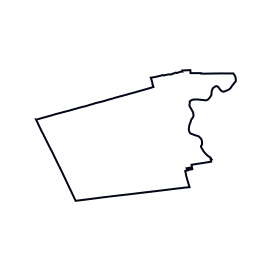 Nicolae Titulescu, Olt, Romania, rotated 19°
{"feature_id": "2599482B32809013995919", "entity_name": "Nicolae Titulescu", "entity_type": "district", "adm_level": 2, "iso_a3": "ROU", "parent_name": "Romania", "parent_adm1": "Olt", "projection": "equal_earth", "projection_center": [24.74, 44.265], "detail": "fine", "context": "isolated", "style": "outline", "palette": "ink", "viewbox_px": 256, "rotation_deg": 19, "n_neighbors": 0, "source": "geoboundaries", "source_scale": "gbopen_adm2", "svg_char_len": 5687}
<svg xmlns="http://www.w3.org/2000/svg" viewBox="0 0 256 256"><g transform="rotate(19 128 128)"><path d="M216.5,129.9L215.7,129.3L214.7,128.8L213.4,128.6L212.2,128.2L210.2,127.3L208.8,126.5L207.1,125.5L204.6,123.4L203.7,122.6L203.1,121.9L202.9,121.4L203.0,120.8L203.3,120.2L203.3,119.3L203.1,118.6L202.8,117.8L202.4,116.7L201.9,116.0L201.3,115.2L200.9,114.5L200.3,114.2L199.5,113.8L198.7,113.4L197.5,112.9L196.4,112.8L195.5,112.9L193.6,113.0L191.4,112.9L189.2,112.8L188.2,112.6L187.6,112.0L186.9,111.1L186.3,110.2L185.8,109.3L185.6,108.1L185.3,106.9L185.1,105.6L185.1,104.2L185.2,103.1L185.2,101.9L185.1,100.9L185.1,99.7L185.4,98.5L185.7,97.5L186.0,96.4L186.0,95.3L185.7,94.5L185.2,93.5L184.8,92.5L184.0,91.6L182.8,90.5L180.4,88.4L179.2,87.4L178.7,86.6L178.5,85.9L178.5,85.1L178.2,84.3L177.8,83.2L178.0,82.2L178.6,81.4L179.5,80.6L180.3,79.9L182.0,79.3L184.3,78.4L187.8,77.6L190.7,76.9L192.4,76.6L193.5,76.0L194.1,75.3L194.6,74.5L195.2,73.1L195.6,71.9L196.0,70.5L196.0,69.2L195.6,67.9L195.3,66.5L195.1,65.3L195.2,63.9L195.4,62.5L196.0,61.7L196.5,60.9L197.2,60.1L198.1,59.6L199.0,59.6L199.8,59.8L200.8,60.4L201.5,60.9L202.6,61.7L204.1,62.4L205.4,62.7L206.3,62.7L207.1,62.2L208.5,61.0L210.0,59.7L211.2,58.3L211.7,57.6L212.1,56.4L212.4,55.2L212.9,53.6L213.5,51.9L213.9,50.5L214.5,49.4L214.6,48.8L214.4,47.7L213.8,46.3L213.0,44.8L211.7,43.5L210.0,42.2L209.8,42.1L208.9,42.5L208.1,42.7L206.7,43.2L204.7,43.9L203.8,44.2L202.8,44.6L202.1,44.8L201.0,45.2L200.5,45.3L200.2,45.4L199.5,45.7L198.8,45.9L197.9,46.2L196.7,46.6L195.9,47.0L194.8,47.3L193.1,47.9L192.0,48.3L190.8,48.8L189.5,49.2L188.1,49.7L187.2,50.1L186.2,50.4L185.6,50.6L185.1,50.8L184.4,51.1L183.6,51.4L182.7,51.7L181.9,52.0L181.5,52.1L180.6,52.3L179.4,52.8L179.1,52.4L176.9,53.1L169.4,55.7L169.2,55.7L168.5,53.9L168.1,53.0L166.5,53.6L162.5,55.2L160.5,56.0L160.6,56.7L160.7,56.9L160.8,57.0L160.4,57.1L160.2,57.2L159.7,57.5L158.9,58.1L158.0,58.8L157.6,59.0L157.4,59.2L157.2,59.3L157.0,59.5L156.9,59.7L156.7,59.9L156.6,60.0L156.4,60.1L156.2,60.1L155.8,60.1L155.5,60.1L155.4,60.1L155.2,60.1L154.8,60.3L154.7,60.4L154.5,60.6L154.3,60.8L154.2,60.9L154.0,61.1L153.9,61.3L153.5,61.6L153.3,61.7L153.0,61.7L152.8,61.9L152.6,62.1L152.3,62.5L152.1,62.8L151.7,63.1L151.4,63.1L151.2,63.2L151.1,63.3L150.9,63.5L150.7,63.6L150.3,63.6L150.0,63.7L149.2,64.0L148.6,64.3L148.1,64.6L147.5,64.9L147.0,65.2L146.5,65.5L146.1,65.7L145.7,65.9L145.3,66.3L145.0,66.5L144.8,66.7L144.7,66.7L144.4,66.7L144.1,66.6L143.9,66.6L143.6,66.7L143.3,66.8L143.1,66.9L142.9,67.1L142.7,67.3L142.2,67.7L141.1,68.4L139.9,69.2L138.7,69.9L136.9,71.0L134.6,72.3L133.2,73.0L133.4,73.2L133.9,73.9L134.4,74.6L134.9,75.3L135.2,75.8L135.6,76.2L135.9,76.6L136.0,76.9L136.2,77.2L136.4,77.5L136.5,77.8L136.6,78.0L136.7,78.4L136.8,78.5L137.0,78.8L137.2,79.0L137.5,79.3L137.8,79.7L138.3,80.4L138.7,81.0L138.1,81.4L137.6,81.7L137.1,82.1L136.7,82.4L135.7,83.1L135.0,83.7L134.1,84.2L133.4,84.8L132.6,85.3L131.9,85.8L131.3,86.2L130.6,86.7L129.9,87.2L128.7,88.0L128.0,88.5L127.4,89.0L126.7,89.4L126.1,89.8L125.7,90.1L125.2,90.4L124.4,91.0L123.8,91.5L123.2,91.8L122.7,92.2L121.6,93.0L121.0,93.3L119.9,94.1L119.4,94.4L118.9,94.8L118.2,95.2L117.4,95.8L116.4,96.6L115.2,97.3L114.5,97.8L113.9,98.2L113.4,98.6L112.7,99.1L111.9,99.6L110.8,100.3L110.3,100.6L109.9,100.9L109.5,101.2L109.0,101.6L108.3,102.0L107.5,102.6L106.0,103.5L105.2,104.2L104.1,105.0L102.9,105.8L101.9,106.5L101.1,107.0L98.9,108.6L98.2,109.2L97.4,109.7L96.8,110.1L96.2,110.5L95.6,111.0L95.0,111.4L94.4,111.7L94.1,111.9L93.3,112.5L92.2,113.1L91.7,113.5L90.4,114.3L89.7,114.7L89.1,115.1L88.6,115.5L87.6,116.3L87.1,116.6L86.8,116.9L86.4,117.2L85.9,117.5L85.5,117.8L85.0,118.1L84.6,118.4L84.3,118.6L83.7,119.0L83.0,119.6L82.2,120.2L81.6,120.6L80.9,121.1L79.8,121.8L79.1,122.2L78.5,122.6L77.6,123.2L77.1,123.5L76.6,123.9L76.2,124.1L75.5,124.6L74.5,125.3L73.1,126.3L72.3,126.8L70.9,127.8L70.3,128.2L69.8,128.6L69.3,128.9L68.8,129.2L68.3,129.6L67.6,130.1L66.5,130.9L65.8,131.3L64.8,131.9L63.9,132.6L63.1,133.1L62.6,133.4L62.2,133.7L62.0,133.8L61.7,134.0L61.1,134.4L60.4,134.9L59.6,135.5L58.4,136.2L57.3,137.0L56.5,137.5L56.2,137.7L55.3,138.3L54.5,138.8L53.4,139.7L52.6,140.3L51.8,140.8L48.5,143.1L47.8,143.6L46.6,144.4L46.0,144.8L45.1,145.4L44.6,145.8L43.3,146.7L42.5,147.2L41.8,147.7L41.2,148.2L40.8,148.4L40.0,149.0L38.5,150.0L38.4,150.0L39.0,150.7L39.7,151.4L40.6,152.2L41.2,152.8L41.6,153.3L42.3,154.0L42.7,154.4L43.0,154.7L43.2,154.9L43.4,155.1L43.8,155.6L45.0,156.8L45.6,157.3L45.9,157.7L47.0,158.8L48.0,159.8L48.9,160.6L49.6,161.2L50.4,162.0L50.9,162.6L51.5,163.2L52.2,163.8L52.8,164.4L53.4,165.0L54.6,166.1L55.8,167.4L56.1,167.7L56.8,168.3L57.6,169.2L58.1,169.6L59.2,170.6L59.6,171.1L60.7,172.1L61.2,172.6L61.9,173.3L62.6,173.9L63.2,174.5L63.7,175.0L64.3,175.6L64.8,176.0L65.3,176.5L65.7,176.9L66.2,177.4L66.8,178.0L67.5,178.8L68.3,179.6L69.2,180.5L70.1,181.4L70.5,181.8L71.4,182.7L72.3,183.6L72.9,184.2L73.8,185.0L74.3,185.6L74.9,186.2L75.6,186.8L76.5,187.7L77.5,188.7L78.0,189.2L78.6,189.8L79.4,190.6L80.2,191.4L101.3,213.0L102.2,213.9L108.1,211.0L113.9,208.2L123.1,203.6L127.5,201.4L180.3,176.0L194.4,169.1L194.9,168.9L195.3,168.7L195.7,168.5L196.8,168.0L197.9,167.5L198.4,167.2L199.6,166.6L200.7,166.1L202.4,165.3L204.3,164.4L205.4,163.9L199.2,155.2L196.1,150.0L197.7,149.0L198.0,148.8L197.7,148.5L202.2,146.0L202.0,145.6L197.4,148.1L196.8,147.3L196.5,147.0L201.3,144.4L200.9,143.7L200.5,142.9L200.1,142.1L200.4,142.0L201.1,141.5L201.8,141.2L202.3,140.9L203.6,140.2L205.0,139.4L205.7,139.1L207.0,138.4L207.8,138.0L208.6,137.5L209.7,137.0L210.7,136.5L212.4,135.5L213.7,134.8L214.3,134.6L217.1,133.0L217.6,132.7L216.7,131.1L216.4,130.6L216.0,130.0L216.3,129.9L216.5,129.9Z" fill="none" stroke="#020617" stroke-width="2"/></g></svg>